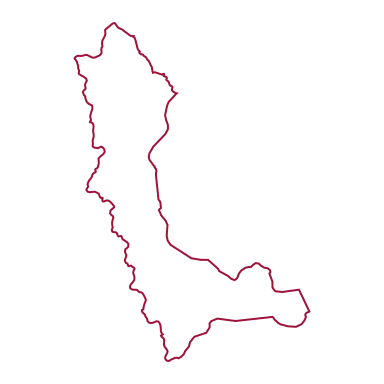 the Province of West Azarbaijan
{"feature_id": "IRN-3237", "entity_name": "West Azarbaijan", "entity_type": "Province", "adm_level": 1, "iso_a3": "IRN", "parent_name": "Iran", "parent_adm1": "", "projection": "orthographic", "projection_center": [44.982, 37.874], "detail": "fine", "context": "isolated", "style": "outline", "palette": "rose", "viewbox_px": 384, "rotation_deg": 0, "n_neighbors": 0, "source": "natural_earth", "source_scale": "10m", "svg_char_len": 5395}
<svg xmlns="http://www.w3.org/2000/svg" viewBox="0 0 384 384"><path d="M114.4,23.0L115.4,23.8L117.3,26.6L118.2,27.7L122.3,29.6L123.6,30.7L129.2,34.8L129.4,35.1L130.3,35.6L130.6,35.8L132.1,36.1L133.7,36.1L133.5,36.5L133.2,36.8L134.6,37.8L135.4,39.8L137.5,48.3L138.3,50.1L139.8,51.4L139.2,52.5L139.5,53.1L141.2,54.4L141.6,54.4L142.3,54.4L142.9,54.6L143.1,54.9L143.3,55.3L143.5,55.6L146.0,57.3L146.4,57.8L146.6,58.4L147.2,59.4L147.8,60.2L148.5,60.6L149.0,61.4L150.3,64.2L150.7,65.2L151.3,66.0L151.8,67.0L152.5,71.4L153.0,72.8L154.8,72.2L162.0,74.6L162.1,74.4L162.6,74.1L163.3,73.8L163.9,73.9L164.1,74.5L163.9,75.3L163.9,76.1L164.6,76.4L165.6,76.6L166.5,77.1L166.9,78.1L166.3,79.4L166.7,80.3L167.3,80.8L168.0,81.1L168.6,81.8L168.9,82.5L169.5,84.4L169.8,85.2L170.5,85.7L172.1,86.4L172.5,87.0L172.3,87.9L172.1,88.7L171.9,89.4L172.0,90.4L172.8,91.3L174.3,92.3L175.8,93.1L176.7,93.3L176.2,93.8L168.6,102.0L167.1,105.7L165.1,115.1L166.1,120.2L167.9,124.9L167.9,129.3L165.3,134.1L153.4,146.5L149.5,153.2L148.7,157.1L149.6,160.0L154.1,166.1L154.5,166.1L154.6,167.3L155.0,167.9L155.5,168.4L156.0,169.1L156.4,170.7L156.5,171.7L156.3,172.1L156.0,172.6L156.0,175.6L158.5,199.6L160.0,201.5L160.3,202.2L160.4,202.6L160.9,207.9L160.6,208.4L160.0,208.8L159.3,209.3L159.0,210.3L159.6,211.7L160.5,213.5L161.0,215.1L165.7,220.8L167.5,224.9L166.7,235.9L167.7,240.7L170.4,244.7L191.2,258.2L200.5,259.8L208.1,259.9L218.0,268.7L219.2,271.1L228.1,276.0L231.2,278.8L234.6,280.1L236.6,278.7L237.8,276.8L238.0,276.0L239.0,273.5L241.3,270.5L245.5,267.7L249.0,266.9L250.8,267.1L252.7,265.2L255.6,263.1L258.9,263.6L261.2,265.9L264.1,267.6L267.7,268.3L270.0,270.2L270.4,272.1L269.4,273.4L272.4,281.6L272.5,287.5L275.1,291.2L282.1,292.0L299.0,289.7L309.4,311.6L307.7,312.2L305.6,313.6L305.3,315.3L305.9,316.8L305.5,318.2L304.3,320.7L301.4,324.3L296.0,326.8L287.9,326.3L280.4,324.3L277.6,322.5L276.4,321.2L274.9,320.0L273.9,318.7L273.3,317.6L272.5,316.9L235.5,321.0L217.4,318.6L211.2,321.2L209.6,323.2L209.6,327.5L206.2,332.8L194.5,336.7L192.4,339.1L191.5,340.5L190.0,342.2L189.0,346.5L185.1,351.1L183.9,354.0L181.1,356.8L178.6,358.3L177.0,357.8L175.1,357.8L172.7,359.0L171.5,359.4L171.4,359.4L170.0,360.4L168.4,361.0L166.9,360.7L165.6,359.4L165.1,358.0L165.5,356.2L166.4,354.3L167.3,352.9L167.6,351.1L166.6,349.3L164.4,346.4L164.0,344.5L164.2,340.4L163.8,338.7L162.8,337.7L161.5,336.7L161.0,335.6L162.8,334.4L161.4,332.7L160.9,331.2L160.7,327.3L160.4,325.3L159.6,323.1L158.3,321.5L156.5,321.3L152.5,322.9L150.4,323.1L148.5,322.2L147.7,321.3L147.4,320.4L147.3,319.6L146.9,318.4L146.3,317.6L145.7,317.0L145.3,316.2L145.2,315.0L144.3,314.0L143.2,313.0L142.9,312.8L141.9,311.4L142.0,310.0L142.3,309.8L143.2,309.5L143.4,309.3L143.5,307.4L144.3,304.4L145.6,301.1L145.8,299.5L145.0,297.6L143.3,294.4L142.2,292.9L141.0,292.3L140.1,292.2L139.2,292.0L138.5,291.4L137.8,290.7L137.0,289.9L135.9,289.7L133.7,289.8L131.9,289.4L130.4,288.4L129.9,286.9L130.6,284.7L133.2,281.6L134.2,280.0L134.5,277.8L134.2,275.8L133.6,274.4L133.2,272.8L133.6,270.4L134.3,269.5L134.5,268.5L134.0,267.7L132.4,266.9L131.6,266.0L131.1,265.7L130.4,265.7L129.0,266.2L128.4,266.0L128.1,265.6L127.7,264.2L127.4,263.6L126.9,263.3L126.4,263.1L125.9,262.9L125.5,262.3L124.9,260.7L124.9,259.8L125.9,257.3L126.3,255.5L125.9,254.0L125.2,252.5L125.0,250.7L125.5,249.1L126.4,248.4L127.3,247.8L128.2,246.7L128.4,243.8L126.8,242.0L122.7,239.3L122.1,238.1L121.7,236.8L121.1,236.0L118.5,236.4L117.8,235.7L116.9,233.1L115.8,232.3L113.1,232.0L112.2,231.5L111.8,230.0L112.7,227.4L112.4,225.9L112.1,224.0L112.2,221.8L112.7,219.6L113.3,217.8L113.1,216.3L111.5,215.1L110.1,213.5L110.4,210.8L111.0,210.0L113.4,208.0L114.2,206.9L114.0,206.1L111.4,202.9L109.7,201.3L107.7,200.4L105.8,200.6L104.9,201.1L103.8,201.5L102.8,201.4L102.3,200.4L102.3,199.9L102.6,198.5L102.6,198.0L102.0,197.6L101.6,197.7L101.1,197.9L100.5,197.7L99.8,196.7L99.4,195.6L99.1,194.5L98.7,193.7L97.9,193.2L95.4,191.9L94.6,191.7L90.0,192.2L87.6,191.7L86.4,189.8L86.6,189.1L86.7,188.8L87.4,187.9L88.0,186.9L88.0,185.8L87.6,184.5L87.8,183.4L88.2,182.3L88.8,181.2L89.5,179.9L91.2,178.0L91.8,176.6L92.4,174.8L93.1,173.6L94.0,172.9L95.4,172.3L95.8,171.7L95.2,170.0L95.3,169.3L95.9,168.8L97.1,168.2L97.7,167.5L98.1,166.2L98.6,164.5L98.8,162.8L98.5,158.5L100.5,156.3L103.1,154.3L104.7,152.0L104.6,150.6L104.1,149.2L103.3,148.0L102.3,147.2L101.2,146.7L100.3,146.9L98.0,148.2L94.5,147.6L93.5,147.1L92.8,146.6L92.6,145.8L92.9,144.4L92.9,143.6L92.7,141.3L92.7,140.3L93.7,136.7L93.7,135.1L93.1,130.6L93.5,127.1L93.5,125.2L93.0,123.8L92.5,123.2L92.0,122.8L90.7,122.4L89.9,122.0L90.1,121.4L90.7,120.8L91.0,120.2L90.7,118.6L90.3,117.5L90.2,116.4L90.5,114.6L92.5,108.2L92.1,105.5L88.5,103.7L87.4,102.6L86.4,101.3L85.8,99.3L85.5,98.6L85.3,97.9L85.3,97.2L85.3,96.4L84.7,95.8L84.1,95.3L83.7,94.7L83.4,93.3L83.2,92.7L82.8,92.1L83.8,90.4L85.0,89.5L85.6,88.4L85.0,84.9L85.4,83.5L86.8,80.8L86.2,78.6L83.6,76.7L80.5,75.1L78.8,73.7L78.7,72.9L79.2,71.3L79.1,70.5L78.3,68.7L78.1,68.0L78.1,67.2L78.3,66.6L78.3,65.9L77.5,64.2L77.1,62.3L76.8,61.4L75.0,59.2L74.6,58.1L75.4,57.1L76.8,56.2L77.8,55.8L78.9,55.8L80.4,56.0L82.0,55.9L85.8,54.9L87.4,55.1L92.1,57.5L93.9,57.7L95.4,57.3L99.0,55.7L100.3,54.8L101.5,53.0L101.5,51.4L101.3,49.7L101.6,47.7L102.3,46.7L102.4,45.6L102.2,44.4L102.0,43.2L102.2,41.7L102.5,40.5L104.8,36.0L105.2,34.8L105.3,34.5L105.4,33.4L105.1,30.5L105.4,29.5L112.7,23.5L114.4,23.0Z" fill="none" stroke="#9f1239" stroke-width="2"/></svg>